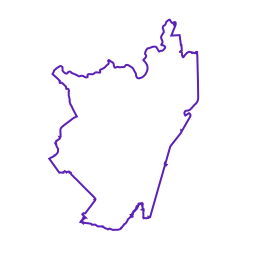 Angamacutiro, Michoacán, Mexico, rotated 348°
{"feature_id": "50627088B24652529578348", "entity_name": "Angamacutiro", "entity_type": "district", "adm_level": 2, "iso_a3": "MEX", "parent_name": "Mexico", "parent_adm1": "Michoacán", "projection": "albers", "projection_center": [-101.725, 20.14], "detail": "fine", "context": "isolated", "style": "outline", "palette": "violet", "viewbox_px": 256, "rotation_deg": 348, "n_neighbors": 0, "source": "geoboundaries", "source_scale": "gbopen_adm2", "svg_char_len": 5610}
<svg xmlns="http://www.w3.org/2000/svg" viewBox="0 0 256 256"><g transform="rotate(348 128 128)"><path d="M65.4,59.5L69.7,65.5L70.9,67.4L70.6,67.4L70.7,67.8L70.7,69.7L72.8,70.1L75.8,74.4L75.8,76.8L77.5,77.2L77.8,77.7L78.0,79.2L77.9,79.9L77.3,80.6L77.3,81.9L76.8,83.5L76.9,88.5L76.3,90.0L76.6,92.1L76.5,92.5L77.2,94.3L78.1,98.3L80.3,106.1L77.0,106.8L67.0,111.5L63.5,113.3L62.8,113.8L62.2,114.5L61.7,115.2L61.3,116.4L60.4,121.9L60.2,122.5L59.0,122.3L59.2,123.0L59.2,124.0L58.9,124.3L56.4,125.3L55.3,125.6L55.3,125.9L55.2,126.2L54.5,126.7L54.3,128.0L53.7,127.9L53.9,128.6L54.4,128.5L54.3,130.5L54.4,131.4L55.3,133.9L54.5,136.8L53.6,137.9L52.7,138.6L51.7,139.2L50.8,139.5L50.4,139.5L50.4,139.9L44.6,141.6L51.5,157.4L52.1,157.3L55.5,158.3L55.6,158.0L55.4,158.0L55.3,157.8L55.8,157.6L56.0,157.7L57.1,157.1L57.2,157.4L57.9,157.9L58.6,158.0L58.8,158.1L58.8,158.5L59.2,158.3L60.1,158.5L60.5,158.3L61.2,158.3L61.8,158.8L61.7,159.7L62.8,160.0L62.6,160.8L63.2,162.1L64.2,163.5L65.0,165.0L66.7,167.3L72.4,176.3L79.7,187.5L79.9,187.7L81.4,190.4L81.3,191.1L81.1,191.4L80.3,191.3L80.5,192.1L69.0,202.1L68.8,202.4L68.5,202.6L67.2,202.4L66.7,202.1L66.1,202.3L65.4,202.9L66.0,204.2L68.0,207.0L67.3,206.9L66.8,205.8L66.0,205.9L65.3,206.7L66.4,207.5L63.8,208.5L63.6,208.9L63.8,209.2L63.4,209.2L63.2,209.3L62.6,209.3L62.0,210.1L63.2,210.5L63.6,211.1L64.6,212.1L64.9,211.7L65.4,211.5L68.0,212.6L68.9,212.7L70.6,213.5L71.8,213.9L72.6,214.7L72.7,215.2L75.7,215.6L78.1,218.0L82.1,218.8L82.4,219.4L82.6,219.5L83.1,219.2L84.5,221.0L85.3,221.6L86.1,221.9L87.3,223.0L88.5,222.7L89.0,222.5L91.9,224.5L93.9,224.8L95.7,225.2L97.0,225.4L98.1,225.4L99.5,225.2L100.4,224.8L100.6,224.1L101.4,223.9L104.4,221.3L104.6,221.4L106.1,220.6L108.3,218.5L108.6,217.7L109.0,217.3L110.6,216.4L112.1,215.3L112.9,214.0L112.8,213.7L113.4,213.8L113.6,213.4L113.8,213.3L113.9,213.9L113.8,214.3L113.9,214.6L113.8,215.7L114.1,215.6L114.1,213.9L114.3,213.6L114.4,213.1L114.9,213.2L115.0,212.9L114.9,212.6L114.7,212.3L115.4,211.8L115.7,211.0L116.2,211.1L116.8,211.0L117.2,210.7L116.6,210.4L116.7,210.2L117.1,210.1L117.4,209.8L117.9,209.8L118.9,209.5L118.9,208.9L119.2,208.9L119.4,208.0L119.6,208.1L119.9,208.0L120.1,208.1L120.2,208.4L120.5,208.1L120.9,207.2L121.4,207.0L121.5,206.8L121.2,206.4L120.9,206.3L120.5,206.4L120.4,206.3L120.7,206.1L121.9,205.7L122.1,205.6L122.3,205.4L122.3,205.1L122.6,205.1L122.5,204.5L122.7,204.2L123.0,204.2L122.9,204.9L123.1,205.1L123.9,204.9L124.2,204.3L125.4,204.4L125.6,204.3L126.0,204.4L126.0,204.8L126.1,204.7L126.2,204.9L126.6,205.1L126.5,206.1L126.2,206.2L126.2,206.4L125.9,207.1L125.9,207.3L125.7,207.2L125.8,208.0L125.6,209.8L125.9,210.1L125.4,210.3L125.2,210.7L124.9,210.8L125.5,211.1L125.8,211.4L126.3,211.6L126.2,212.0L125.8,212.0L125.3,214.7L125.1,215.1L124.9,216.8L124.3,218.9L124.6,219.6L125.4,219.5L126.5,219.9L127.5,220.1L129.2,220.3L129.5,219.0L131.1,219.7L147.2,189.3L151.2,181.9L156.3,172.2L157.1,172.6L158.1,172.0L156.7,171.0L157.1,170.3L156.7,170.2L157.1,169.4L157.7,169.6L165.1,155.6L165.6,154.9L166.5,154.0L178.5,144.0L179.6,142.7L179.5,141.9L179.6,141.3L180.3,141.9L191.5,129.4L191.8,128.6L191.8,128.1L191.2,126.5L190.8,126.2L186.7,127.7L186.4,126.9L186.2,125.4L186.4,124.7L187.2,123.6L188.2,123.2L190.6,123.4L191.8,123.2L192.4,123.0L194.6,121.6L194.8,121.4L197.7,119.3L198.0,119.0L199.0,118.6L199.7,118.1L201.0,116.9L201.9,115.7L202.4,114.6L202.9,113.2L205.6,99.7L210.6,73.0L210.6,72.7L211.4,68.0L210.5,67.8L210.2,67.9L210.1,69.0L209.9,69.0L207.0,67.7L207.0,68.0L206.2,68.0L206.0,67.7L205.9,67.1L204.0,66.3L203.3,66.2L202.4,66.4L201.3,66.8L198.0,69.1L198.0,69.4L196.9,70.2L196.5,70.2L196.0,68.5L196.3,65.3L196.2,64.6L194.7,64.4L194.7,64.2L196.3,63.5L196.8,63.2L197.5,58.1L197.0,58.0L197.8,47.9L189.6,46.6L194.6,39.1L195.4,38.1L195.8,37.3L194.9,37.6L194.4,36.6L195.7,36.1L194.7,34.7L195.9,34.4L197.0,35.4L195.9,34.1L195.1,34.1L193.9,34.5L193.3,34.5L192.8,34.3L192.3,33.4L191.4,30.8L190.9,30.6L189.3,31.2L187.7,32.1L187.2,32.6L186.9,33.3L186.4,34.1L185.9,34.6L185.2,35.1L183.8,35.6L183.2,36.2L182.7,37.8L182.9,38.7L183.1,40.4L182.9,41.7L179.7,45.1L179.3,46.0L179.1,46.8L179.7,50.3L179.6,51.0L179.4,51.8L178.6,52.7L177.9,53.3L178.0,53.8L178.5,54.1L179.1,54.2L180.0,54.7L180.9,55.7L181.1,56.1L181.2,56.6L181.0,57.1L180.6,57.7L178.6,59.2L177.9,59.4L177.4,59.5L175.8,59.3L174.5,59.7L174.2,59.4L173.8,58.5L172.7,55.2L172.2,54.5L171.5,54.1L170.1,53.8L169.1,53.7L165.1,54.3L163.6,54.2L162.3,55.3L161.0,56.9L160.1,58.9L160.2,59.6L160.6,60.1L160.8,60.9L160.7,61.5L160.1,62.5L158.9,63.5L157.5,64.3L157.2,64.7L157.5,65.5L158.5,67.0L159.2,68.8L159.8,70.7L159.8,72.1L159.3,74.6L158.3,76.5L156.2,79.1L154.4,80.4L152.6,81.3L151.1,81.6L149.1,81.7L148.3,81.5L147.8,81.1L147.3,80.6L147.0,79.8L146.8,78.7L147.0,76.6L146.8,75.7L146.1,73.7L145.4,71.0L144.8,69.9L141.4,66.6L140.4,66.1L139.4,66.0L138.8,66.1L137.5,67.3L136.7,67.5L132.4,66.9L130.4,65.9L128.6,66.3L127.8,66.3L127.5,66.0L127.1,64.4L127.3,62.5L127.1,61.6L126.7,60.8L124.7,59.0L123.9,57.9L123.6,57.7L123.2,57.6L122.8,57.7L122.6,57.9L122.5,58.3L122.8,58.8L122.7,60.3L122.3,61.1L121.8,61.5L120.1,62.3L117.8,64.0L116.2,64.6L113.0,65.2L112.6,65.7L112.6,67.1L112.3,67.9L111.8,68.0L108.8,67.0L108.2,66.9L107.7,66.9L106.8,67.3L105.6,67.9L104.6,68.1L101.2,67.2L100.2,67.2L99.7,67.4L99.2,68.7L99.1,69.6L98.3,69.9L97.4,69.8L96.4,69.2L94.8,67.7L93.8,67.3L92.7,67.2L91.4,67.4L90.7,67.2L88.0,64.9L84.7,62.7L83.4,61.1L82.8,60.7L82.3,60.6L81.5,60.7L79.7,62.0L79.1,62.0L78.0,61.4L77.4,60.8L76.8,60.0L76.2,59.0L75.9,57.9L76.5,55.6L76.5,54.7L76.0,54.1L75.1,53.4L74.2,53.4L72.6,53.9L70.2,54.9L68.7,55.8L67.6,56.5L66.9,57.8L65.4,59.5Z" fill="none" stroke="#5b21b6" stroke-width="2"/></g></svg>